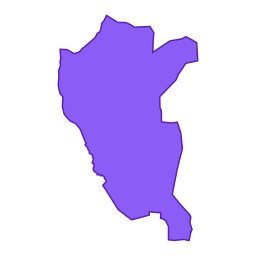 Garun Malam, Kano, Nigeria
{"feature_id": "59680162B19163785016026", "entity_name": "Garun Malam", "entity_type": "district", "adm_level": 2, "iso_a3": "NGA", "parent_name": "Nigeria", "parent_adm1": "Kano", "projection": "robinson", "projection_center": [8.393, 11.657], "detail": "fine", "context": "isolated", "style": "filled", "palette": "violet", "viewbox_px": 256, "rotation_deg": 0, "n_neighbors": 0, "source": "geoboundaries", "source_scale": "gbopen_adm2", "svg_char_len": 1919}
<svg xmlns="http://www.w3.org/2000/svg" viewBox="0 0 256 256"><path d="M106.6,15.4L103.9,20.9L101.8,23.3L100.8,29.6L99.7,31.9L97.2,33.4L95.8,36.4L94.5,38.3L92.4,40.1L89.9,42.2L83.6,47.6L83.0,47.8L79.3,52.0L74.1,53.7L66.9,49.6L60.1,49.3L60.8,58.3L60.0,61.9L60.5,65.6L58.7,70.4L58.9,77.1L58.6,80.0L58.3,85.6L59.0,89.4L60.0,93.3L62.9,97.1L62.4,106.7L64.1,113.8L65.6,116.0L68.0,118.7L70.0,120.9L76.1,123.9L80.2,129.2L83.2,136.6L84.4,139.7L85.3,141.3L85.3,142.4L85.7,142.9L86.3,143.7L85.9,144.1L85.2,144.5L85.3,145.2L85.7,145.9L86.3,146.3L87.4,147.1L87.9,148.9L88.4,150.3L89.2,150.9L89.6,151.6L89.2,153.0L89.6,153.6L90.3,153.8L91.3,153.9L92.0,154.5L92.4,155.7L92.4,156.6L92.7,157.3L92.9,157.9L93.5,158.5L93.3,159.4L93.1,160.4L92.7,161.5L92.3,162.4L92.3,163.3L92.8,163.5L93.7,163.6L93.8,164.1L93.8,164.9L94.1,165.6L94.0,166.7L93.5,167.3L93.3,167.9L93.2,168.9L93.4,169.9L94.0,171.1L95.4,172.4L96.9,172.9L97.1,174.1L97.0,174.7L97.5,174.9L98.2,174.7L98.8,174.2L100.2,175.6L101.0,175.8L101.6,175.0L102.3,175.3L103.0,175.9L103.7,176.5L104.6,177.3L104.4,178.4L104.8,179.1L105.6,179.4L106.4,181.2L105.7,182.2L102.8,185.3L106.9,191.5L112.5,200.5L118.3,209.7L131.5,219.8L149.2,215.1L149.3,211.8L160.8,212.8L160.6,218.3L163.1,219.0L165.8,220.9L168.5,226.5L168.5,239.8L174.4,240.4L183.8,239.4L189.0,240.6L189.9,236.5L190.4,233.7L192.0,229.4L190.7,225.4L189.8,222.4L190.8,217.2L189.5,214.4L180.9,205.1L172.2,194.5L176.9,170.6L179.5,159.9L182.4,148.5L180.7,132.6L177.2,122.2L172.1,123.0L161.6,122.0L161.3,117.3L161.5,113.6L161.4,112.4L161.1,109.9L160.0,107.9L159.7,96.9L161.6,94.7L176.0,79.9L178.8,73.7L185.8,63.3L197.7,60.7L196.7,42.8L196.3,42.6L196.3,42.4L194.8,41.7L192.4,40.1L189.3,38.5L185.8,36.8L185.4,36.9L181.7,39.0L180.8,39.1L170.0,40.9L163.9,44.9L152.8,52.4L153.1,41.7L153.8,32.9L150.2,26.9L150.1,27.0L149.8,26.5L134.2,27.2L130.3,24.5L125.4,22.5L117.6,22.4L106.6,15.4Z" fill="#8b5cf6" stroke="#5b21b6" stroke-width="1.5"/></svg>